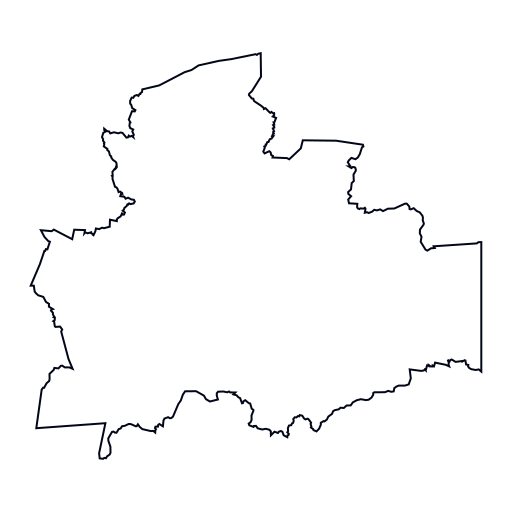 the district of Sain Alto, Zacatecas, Mexico
{"feature_id": "50627088B33954526320841", "entity_name": "Sain Alto", "entity_type": "district", "adm_level": 2, "iso_a3": "MEX", "parent_name": "Mexico", "parent_adm1": "Zacatecas", "projection": "natural_earth1", "projection_center": [-103.264, 23.581], "detail": "fine", "context": "isolated", "style": "outline", "palette": "ink", "viewbox_px": 512, "rotation_deg": 0, "n_neighbors": 0, "source": "geoboundaries", "source_scale": "gbopen_adm2", "svg_char_len": 6031}
<svg xmlns="http://www.w3.org/2000/svg" viewBox="0 0 512 512"><path d="M36.3,428.2L105.4,423.2L99.1,453.3L99.7,458.4L103.1,458.8L104.3,457.9L106.0,458.2L107.0,456.4L109.6,454.6L110.5,452.8L110.4,446.6L108.4,440.9L108.3,438.3L112.0,431.9L113.6,431.6L114.9,432.6L116.5,432.7L118.7,429.1L120.6,428.5L122.1,426.2L124.9,425.8L128.6,424.0L130.9,424.1L135.8,426.3L136.7,426.2L137.9,424.3L139.8,427.0L142.3,429.1L150.9,431.1L153.3,430.9L155.2,432.5L155.3,430.4L156.0,429.2L155.0,428.1L155.4,426.7L158.0,426.6L157.9,425.3L159.3,424.0L162.9,426.3L163.5,420.5L164.4,418.6L168.1,417.2L169.9,418.2L171.2,418.1L173.0,416.6L178.3,404.1L180.8,400.5L182.9,394.6L185.1,391.3L196.1,391.2L203.9,395.6L205.9,399.1L209.9,401.5L217.9,399.5L216.8,395.7L216.8,393.2L218.1,391.7L223.4,391.5L227.1,392.3L229.0,391.5L230.1,392.4L235.3,392.5L233.4,394.4L236.6,395.3L238.4,397.3L240.1,398.1L242.0,403.3L242.9,403.1L243.5,401.3L245.2,400.2L248.9,403.2L250.2,403.5L251.7,408.7L253.4,409.9L253.4,410.8L251.5,415.5L251.6,419.9L250.5,422.3L248.7,423.6L249.3,425.3L253.5,426.9L253.9,426.0L256.0,425.9L257.7,428.3L262.2,429.5L265.6,428.8L269.3,429.7L270.8,431.3L270.9,435.3L274.5,431.7L277.9,433.0L278.8,431.7L280.9,431.0L282.4,431.8L283.7,435.3L287.3,437.2L287.6,435.4L288.6,434.9L288.8,433.8L287.3,432.3L288.1,431.1L287.9,428.1L288.9,425.6L291.3,425.1L292.0,423.4L293.1,422.9L293.7,420.9L293.3,419.0L294.7,417.3L296.4,417.4L297.9,416.1L299.2,416.3L299.7,415.1L302.3,415.7L304.1,418.5L305.4,419.4L307.5,418.7L308.5,419.2L311.1,422.7L310.6,423.9L311.4,426.5L310.9,427.5L313.1,429.0L313.5,430.1L316.5,431.4L319.1,428.7L320.8,424.8L320.8,422.8L323.6,421.1L324.5,421.4L326.9,419.5L328.3,416.6L332.0,413.9L333.1,411.2L334.7,410.2L338.8,409.3L340.5,407.7L343.8,408.0L346.6,405.5L350.7,405.4L352.8,402.4L356.6,400.3L360.8,399.2L366.0,400.1L368.7,399.7L371.5,397.6L373.2,394.8L373.3,392.9L374.3,392.3L384.9,392.2L388.2,390.9L391.3,391.8L393.7,391.4L394.3,388.1L396.4,386.6L398.7,385.6L404.9,385.6L408.7,384.4L410.8,378.4L409.7,369.4L421.1,370.9L423.7,370.5L424.8,369.5L425.7,370.3L425.5,369.0L426.1,369.0L427.1,365.4L428.4,365.8L428.5,364.9L429.7,365.7L429.7,366.4L432.5,366.5L432.6,365.5L434.0,366.3L435.1,362.6L445.7,364.8L449.2,366.4L448.6,364.7L448.7,362.4L447.7,359.8L449.6,361.4L450.1,360.2L451.7,359.5L455.6,361.9L462.2,361.0L462.3,361.5L464.7,360.2L465.4,360.5L466.1,364.5L468.3,364.9L468.1,366.5L469.3,368.1L471.4,369.2L475.8,370.0L478.7,369.4L481.3,371.6L481.3,242.1L478.4,242.2L476.8,243.4L433.7,246.3L434.7,248.0L431.0,248.3L427.4,250.6L425.5,249.6L420.7,241.8L421.5,236.8L419.8,233.3L420.0,229.6L423.6,224.6L423.8,223.3L422.8,220.5L422.9,217.4L422.4,215.7L419.8,212.4L416.7,211.0L413.7,208.2L410.6,209.4L409.6,209.1L409.3,206.5L406.8,203.7L404.9,203.7L394.3,208.5L387.9,208.7L383.0,211.1L380.2,209.4L376.9,210.4L374.2,209.8L372.2,211.6L368.7,213.0L366.9,212.2L364.8,212.7L365.5,208.8L364.9,207.8L363.6,208.6L360.3,208.4L359.3,209.1L357.8,208.4L357.1,207.2L357.3,203.8L349.0,203.3L348.2,199.5L351.1,196.2L348.4,194.0L348.1,192.1L351.0,189.4L351.7,183.1L353.8,181.0L353.5,174.5L355.8,170.7L355.8,169.6L355.3,167.8L354.5,167.2L352.9,167.0L351.4,168.1L348.7,166.4L350.5,166.4L347.8,162.3L348.7,160.5L351.4,157.9L355.5,159.2L357.9,157.4L359.8,154.1L362.0,147.3L363.4,146.5L362.9,144.7L336.1,140.7L302.8,140.3L300.8,148.4L289.2,159.3L287.0,158.1L272.5,157.5L272.9,155.9L271.1,154.9L270.7,152.5L269.3,151.2L264.6,153.4L263.3,151.7L264.8,147.7L264.3,146.5L265.8,145.7L265.7,144.5L266.4,144.3L267.3,142.1L268.5,142.0L269.7,139.3L271.6,138.5L273.4,136.1L272.1,136.0L273.2,133.6L273.8,133.5L273.1,132.1L274.1,131.2L272.8,128.4L274.3,127.6L274.3,127.0L273.1,125.1L274.3,124.7L273.6,122.4L274.3,122.4L276.1,117.9L272.8,116.5L274.2,115.1L274.1,113.2L273.3,113.4L271.4,111.9L270.5,112.8L269.8,112.6L265.5,108.2L263.9,109.0L263.6,107.8L261.2,105.8L254.1,101.1L253.3,98.7L251.8,98.5L248.9,95.0L249.2,93.7L251.9,91.2L261.0,76.7L260.7,53.2L258.1,53.8L256.9,54.9L255.6,54.2L231.4,59.1L218.7,60.9L198.6,65.4L191.5,70.0L184.6,72.2L159.2,85.4L142.3,89.4L142.0,92.1L140.6,93.0L140.3,94.0L139.6,93.9L138.4,95.9L136.9,95.0L134.4,95.9L133.3,97.8L131.7,97.6L130.1,101.0L130.2,103.7L131.2,104.8L132.2,108.1L135.4,110.1L134.8,111.4L132.0,111.2L128.8,119.6L130.4,122.5L129.8,122.8L129.4,125.9L130.2,128.1L133.2,129.5L132.3,131.4L133.8,134.9L132.8,136.0L133.2,137.1L131.7,135.9L129.9,136.6L128.8,135.6L127.9,137.4L126.4,137.6L122.5,132.9L120.5,132.5L118.4,133.3L113.9,132.3L110.3,133.4L109.2,131.5L107.0,131.1L104.2,128.7L104.2,130.0L105.7,131.5L103.3,132.8L102.0,137.1L103.1,139.2L103.0,140.7L104.4,142.5L103.9,143.2L104.3,144.1L103.8,146.4L107.4,148.9L107.3,150.1L108.9,151.4L109.9,155.2L111.2,156.4L111.2,157.4L112.8,159.8L115.8,161.9L116.5,163.3L116.8,167.2L116.5,167.6L116.0,166.8L115.2,169.1L114.6,169.0L112.4,171.9L112.7,175.6L112.0,175.9L112.6,176.6L112.5,178.9L115.0,186.8L116.5,187.4L117.6,189.0L118.6,192.1L120.1,191.6L122.2,193.1L122.3,193.7L121.3,193.0L120.3,196.2L124.4,196.8L125.6,198.7L128.1,197.7L131.2,199.4L133.9,199.8L134.8,201.6L133.7,203.4L130.6,204.1L129.1,203.4L128.3,204.6L127.5,204.3L126.7,206.0L124.4,207.9L123.9,209.7L122.7,210.7L124.9,212.5L124.1,214.5L123.0,214.7L122.0,213.5L120.6,216.4L117.6,218.3L116.8,219.6L116.8,221.1L110.0,219.7L109.7,226.7L104.0,228.2L102.1,227.7L99.2,229.1L95.9,228.5L95.4,231.2L93.5,235.2L92.8,234.7L92.9,234.0L91.1,233.2L91.1,232.3L87.7,233.3L85.3,232.4L84.4,233.4L85.0,230.1L74.2,229.7L72.2,239.2L53.8,229.6L51.7,231.2L40.9,230.2L44.5,237.0L48.3,241.1L49.9,241.7L47.4,249.3L45.9,249.1L45.2,250.9L44.4,250.9L39.8,264.4L30.7,285.7L33.8,285.7L34.7,291.6L36.0,293.3L38.2,295.3L43.3,296.9L46.0,302.0L49.0,303.8L48.9,306.7L52.9,309.1L51.3,309.7L50.9,310.6L52.9,312.7L52.9,314.3L54.2,316.8L53.8,317.2L54.9,317.5L54.7,320.1L53.4,321.1L54.1,321.4L54.8,326.3L55.5,326.9L60.1,326.6L62.2,329.5L61.2,331.6L68.5,359.0L72.6,368.8L69.4,367.4L64.8,367.4L62.3,365.7L60.9,365.8L58.4,368.4L54.4,367.9L53.7,369.9L49.5,373.9L49.6,379.3L49.1,381.1L46.6,383.2L44.1,387.8L43.1,387.7L41.7,389.5L36.3,428.2Z" fill="none" stroke="#020617" stroke-width="2"/></svg>